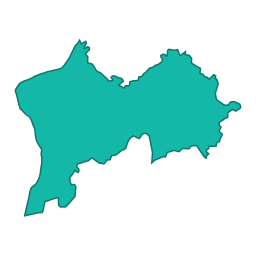 the district of Quebracho, Paysandú, Uruguay
{"feature_id": "84410073B73193959772066", "entity_name": "Quebracho", "entity_type": "district", "adm_level": 2, "iso_a3": "URY", "parent_name": "Uruguay", "parent_adm1": "Paysandú", "projection": "albers", "projection_center": [-57.976, -31.953], "detail": "fine", "context": "isolated", "style": "filled", "palette": "teal", "viewbox_px": 256, "rotation_deg": 0, "n_neighbors": 0, "source": "geoboundaries", "source_scale": "gbopen_adm2", "svg_char_len": 3499}
<svg xmlns="http://www.w3.org/2000/svg" viewBox="0 0 256 256"><path d="M203.2,155.3L205.0,157.7L206.4,158.0L206.5,155.7L208.7,153.9L206.4,151.5L206.2,150.2L208.7,148.5L208.9,146.2L214.3,146.3L216.3,145.9L216.5,143.0L219.7,141.3L219.7,139.8L220.9,137.6L222.0,135.2L222.1,133.7L220.2,132.8L219.2,130.9L221.0,127.1L219.3,125.4L219.2,122.4L225.0,118.5L227.7,117.4L227.8,112.6L232.6,109.5L235.8,111.1L238.3,109.5L240.4,108.0L240.6,106.3L239.8,104.1L234.3,101.6L230.6,102.0L228.0,105.2L224.3,105.1L216.7,99.8L216.1,97.6L215.3,93.5L218.2,83.6L216.6,79.0L215.2,78.6L215.7,75.9L213.8,74.7L209.2,79.2L207.0,77.1L204.8,76.9L202.9,74.3L200.0,73.5L200.4,68.3L197.5,66.8L191.5,63.1L191.6,58.1L189.1,55.3L185.2,54.5L185.4,51.7L180.5,55.4L179.7,55.3L177.6,49.6L174.3,50.3L169.0,49.3L167.6,50.5L167.4,52.4L167.4,53.9L167.2,56.0L166.3,56.0L165.2,54.7L163.7,54.1L162.2,54.6L160.8,55.5L161.0,57.2L162.1,58.4L162.4,60.0L161.8,61.7L158.0,64.6L155.0,65.4L153.6,67.0L149.4,68.2L147.1,70.9L145.4,72.6L143.5,73.9L142.2,76.3L139.0,76.8L138.1,80.4L132.9,80.9L129.8,81.8L129.6,82.9L129.8,84.2L129.5,85.0L128.7,85.6L127.1,85.8L125.6,85.7L125.0,86.4L124.0,87.9L123.1,87.9L121.6,86.6L118.6,85.1L121.2,83.0L123.4,81.2L121.7,78.5L119.1,77.9L116.2,76.6L114.9,75.9L112.2,76.1L111.1,77.4L111.9,78.5L112.8,80.0L112.0,80.8L108.8,81.0L107.3,79.1L100.4,72.7L96.8,71.2L94.8,68.0L92.3,64.1L87.6,62.8L87.8,56.8L85.3,53.9L89.5,49.6L89.3,47.5L87.3,46.8L85.4,48.6L83.9,48.3L86.3,43.5L85.7,41.3L81.4,44.0L79.6,40.2L78.9,41.4L78.3,42.3L77.2,43.7L75.9,45.1L75.0,46.5L74.2,47.8L73.6,49.1L73.2,49.9L72.6,51.2L72.1,52.1L71.6,53.2L71.1,54.1L70.5,55.4L69.9,56.8L69.1,58.3L68.6,59.1L68.1,59.8L66.9,61.4L66.3,62.3L65.5,63.5L64.5,64.9L63.6,66.0L62.7,67.1L61.7,68.0L60.4,68.6L59.0,69.1L56.3,69.8L53.5,70.3L50.6,71.1L48.2,71.6L46.5,72.1L44.2,72.9L41.5,73.8L39.2,74.5L36.9,75.4L34.7,76.3L33.5,77.0L32.5,77.8L30.7,78.6L28.9,79.3L26.8,80.1L22.6,81.6L20.4,83.0L19.2,84.1L18.1,85.6L16.4,88.2L16.1,88.7L15.7,89.4L15.5,89.9L15.4,90.3L15.4,90.8L15.4,91.4L15.6,92.1L16.5,94.3L16.7,95.3L16.9,96.1L17.1,96.9L18.0,100.6L18.5,103.0L18.8,104.2L19.0,105.0L19.5,106.5L20.0,108.0L20.3,109.1L21.8,109.9L23.3,111.8L23.6,112.0L24.9,113.3L26.3,114.7L27.4,115.5L29.3,116.7L29.8,117.3L30.9,119.3L32.0,121.5L32.6,123.9L33.9,126.7L34.6,128.6L34.9,130.0L35.1,131.5L35.2,133.2L35.4,134.9L35.6,136.6L36.1,138.9L36.8,141.2L37.1,141.9L37.9,143.3L38.5,144.5L39.4,145.9L40.9,148.2L41.3,149.0L41.6,149.8L41.7,151.1L41.3,152.4L41.1,154.0L41.5,156.4L41.8,158.1L41.9,159.2L41.9,160.3L41.7,163.2L41.3,166.1L40.7,169.8L40.3,173.2L40.0,174.8L39.6,176.4L38.3,179.7L37.3,181.9L36.0,183.8L34.4,185.2L32.7,186.5L32.0,187.1L31.5,187.6L31.0,188.3L30.9,188.5L30.7,189.1L30.2,190.5L29.8,192.7L29.2,196.0L28.7,198.3L28.1,200.8L27.4,203.7L26.9,205.9L26.1,209.1L25.7,211.3L25.1,213.5L24.7,215.8L38.3,212.7L42.2,212.5L43.3,210.0L43.7,206.9L44.9,201.8L51.8,199.3L56.7,197.8L58.4,197.8L58.6,205.2L60.5,207.0L65.6,206.9L70.2,202.0L75.0,196.4L75.8,187.0L74.5,184.5L71.6,184.7L70.4,182.9L69.6,177.8L72.8,173.8L75.0,170.4L77.1,172.1L78.3,172.3L78.9,170.8L78.8,169.1L76.7,166.6L77.2,164.1L86.1,161.3L88.6,160.6L91.8,157.8L99.1,163.0L104.0,163.9L107.0,160.0L110.0,159.8L111.5,155.8L116.3,154.8L120.9,151.0L125.6,148.5L127.7,142.2L129.9,138.4L133.4,135.9L139.2,138.6L142.5,134.0L146.2,133.2L149.3,136.2L152.5,152.6L151.8,162.8L154.5,160.3L163.0,156.7L165.5,156.9L167.2,152.5L174.0,150.4L179.0,151.7L182.5,148.4L188.9,148.8L191.4,145.9L196.5,145.5L203.2,155.3Z" fill="#14b8a6" stroke="#0f766e" stroke-width="1.5"/></svg>